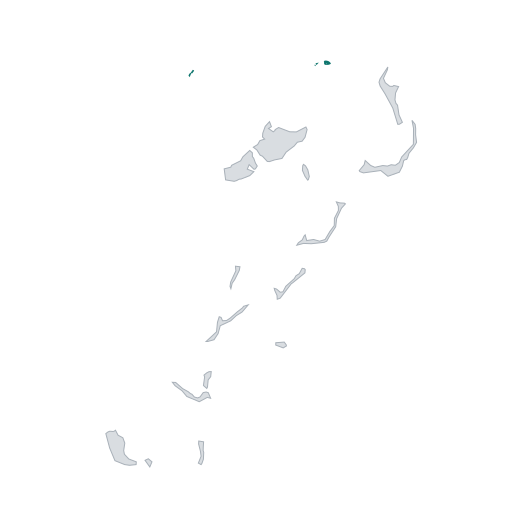 Bimini on a map of The Bahamas (orthographic projection), rotated 79°
{"feature_id": "BHS-5039", "entity_name": "Bimini", "entity_type": "District", "adm_level": 1, "iso_a3": "BHS", "parent_name": "The Bahamas", "parent_adm1": "", "projection": "orthographic", "projection_center": [-79.337, 24.634], "detail": "fine", "context": "in_parent", "style": "filled", "palette": "teal", "viewbox_px": 512, "rotation_deg": 79, "n_neighbors": 0, "source": "natural_earth", "source_scale": "10m", "svg_char_len": 3901}
<svg xmlns="http://www.w3.org/2000/svg" viewBox="0 0 512 512"><g transform="rotate(79 256 256)"><path d="M165.2,211.9L165.2,219.3L165.9,224.9L165.3,226.9L159.3,230.6L157.8,232.7L152.1,234.9L148.7,237.9L146.9,233.1L143.5,230.2L142.9,225.2L140.4,226.9L136.7,225.9L130.5,222.2L126.7,217.1L132.0,216.2L133.2,219.4L137.4,215.4L136.4,213.4L135.6,213.1L134.2,209.3L140.5,199.2L141.9,192.7L138.9,182.4L141.6,181.7L148.8,185.2L152.1,188.8L152.2,193.7L155.3,197.5L159.8,206.6L165.2,211.9ZM170.4,240.0L170.5,241.4L165.0,245.3L169.1,248.0L172.8,242.0L175.9,246.8L177.6,256.0L177.4,257.6L177.7,258.9L178.3,260.7L178.5,263.2L175.5,271.3L164.4,270.6L164.0,263.8L162.3,262.6L159.6,252.9L156.1,249.9L151.2,242.0L154.0,239.9L157.7,240.6L159.6,239.6L164.8,238.8L167.9,237.6L170.4,240.0ZM437.3,420.1L435.7,424.7L430.0,433.5L416.5,436.3L401.7,437.3L400.5,435.0L400.1,433.0L401.0,429.7L400.9,428.5L400.2,427.2L405.6,425.6L409.0,421.4L414.6,420.5L421.7,423.0L425.5,423.0L431.0,419.6L435.2,412.8L437.9,413.5L437.3,420.1ZM193.0,137.9L191.9,138.4L187.0,132.4L183.1,130.6L189.0,126.2L191.6,122.4L191.4,114.3L192.8,109.8L192.2,105.9L193.5,101.9L191.6,97.5L186.6,94.1L176.4,80.2L160.7,77.0L152.6,77.0L157.1,74.7L161.2,74.9L167.5,76.2L175.1,76.7L179.8,80.8L184.3,86.2L188.3,88.3L190.0,89.7L189.9,91.3L190.5,92.8L195.8,95.2L201.1,99.3L202.9,111.3L195.9,117.2L194.9,134.7L193.0,137.9ZM122.6,87.9L129.3,89.8L132.8,89.5L135.0,88.3L144.8,88.7L152.7,86.8L154.0,90.0L153.8,91.7L136.9,93.5L121.4,98.4L112.9,101.7L108.9,102.1L105.8,100.4L95.6,90.5L98.3,91.5L105.9,97.0L110.6,96.0L114.9,92.3L115.6,89.5L114.9,88.2L116.9,83.7L122.6,87.9ZM225.4,163.0L234.7,169.7L242.5,172.2L251.2,180.6L254.9,183.7L255.6,186.5L254.5,199.3L252.7,207.1L253.2,213.9L251.1,211.9L249.0,207.5L245.7,205.1L244.6,203.7L250.5,203.3L250.8,196.3L253.6,190.7L253.0,185.0L246.0,178.8L241.1,173.4L233.9,171.8L227.0,166.4L223.0,165.7L218.2,166.8L219.9,163.5L221.0,159.1L221.9,158.3L225.4,163.0ZM330.7,319.7L330.4,321.3L322.9,309.2L313.8,306.5L308.6,303.7L309.6,302.0L313.2,301.2L313.7,297.2L312.0,293.1L307.1,284.7L304.3,279.1L303.0,277.8L302.5,273.0L308.3,280.3L310.8,286.8L314.8,293.2L317.6,304.4L324.9,308.0L330.2,313.2L330.7,319.7ZM367.9,360.2L364.0,362.2L364.8,359.0L372.2,353.3L376.3,348.4L378.6,346.6L379.4,345.3L382.7,343.4L384.2,340.3L383.7,337.8L380.0,333.9L380.0,330.9L381.1,328.9L387.0,327.7L385.5,330.8L388.2,339.5L380.7,350.7L374.2,354.3L367.9,360.2ZM302.0,240.3L302.5,243.4L298.7,242.9L293.2,244.2L291.2,244.3L292.4,242.1L296.2,239.1L296.3,236.4L291.4,232.5L285.6,222.8L283.0,220.5L281.6,216.9L276.9,213.0L277.8,210.8L278.8,210.3L281.9,211.2L289.4,225.3L289.9,226.6L302.0,240.3ZM433.4,344.2L436.9,345.0L438.8,344.8L445.4,346.4L449.3,348.7L450.3,349.7L448.3,352.1L442.1,348.1L436.9,347.8L429.6,348.2L426.7,347.5L428.4,342.9L433.4,344.2ZM375.3,328.6L376.6,329.6L373.1,332.3L364.9,329.5L363.0,329.8L361.3,326.6L360.6,324.2L360.9,322.0L365.8,323.5L368.5,326.6L375.3,328.6ZM187.1,192.7L180.8,194.1L176.3,192.9L175.1,191.9L177.0,190.2L181.3,188.7L188.1,188.5L191.1,190.1L191.4,190.8L187.1,192.7ZM283.3,286.9L280.9,287.3L276.7,285.8L266.7,278.6L262.1,278.1L263.5,273.8L267.0,275.2L275.1,281.4L278.2,284.6L283.3,286.9ZM351.4,246.8L347.2,253.6L344.9,253.1L345.9,244.7L348.9,243.3L350.1,243.3L351.4,246.8ZM442.8,400.5L435.4,403.9L434.5,400.4L438.2,397.4L442.8,400.5Z" fill="#d9dde1" stroke="#a8b0b8" stroke-width="1"/><path d="M81.1,146.7L81.3,147.4L81.4,148.7L81.3,149.2L81.2,148.9L80.8,149.1L80.1,149.3L80.0,148.8L80.4,147.9L80.2,147.6L79.5,148.3L79.1,148.8L78.8,149.3L78.6,150.1L79.2,150.6L80.1,150.9L80.6,151.4L80.4,151.7L78.9,151.5L78.3,151.5L78.1,151.2L78.2,150.3L78.6,149.1L79.4,147.8L80.5,146.9L81.1,146.7ZM63.5,283.7L64.1,284.5L61.7,282.0L62.1,282.2L63.5,283.7ZM66.3,286.9L66.1,287.0L65.0,286.2L64.9,286.0L66.3,286.9ZM78.9,160.0L78.9,159.8L79.4,160.5L78.9,160.0ZM80.0,161.3L80.4,161.9L80.0,161.3Z" fill="#14b8a6" stroke="#0f766e" stroke-width="1.5"/></g></svg>